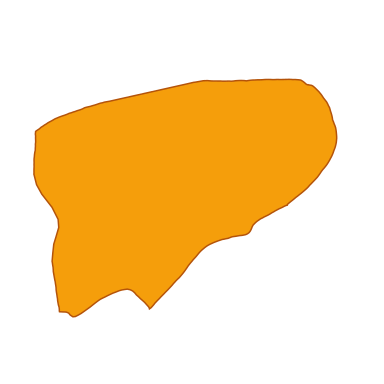 the district of Mudiyah, Abyan, Yemen, rotated 170°
{"feature_id": "15242507B27730634492451", "entity_name": "Mudiyah", "entity_type": "district", "adm_level": 2, "iso_a3": "YEM", "parent_name": "Yemen", "parent_adm1": "Abyan", "projection": "orthographic", "projection_center": [46.206, 13.949], "detail": "fine", "context": "isolated", "style": "filled", "palette": "amber", "viewbox_px": 384, "rotation_deg": 170, "n_neighbors": 0, "source": "geoboundaries", "source_scale": "gbopen_adm2", "svg_char_len": 4266}
<svg xmlns="http://www.w3.org/2000/svg" viewBox="0 0 384 384"><g transform="rotate(170 192 192)"><path d="M343.3,97.1L343.0,97.0L339.9,96.3L336.7,95.6L334.5,94.2L333.3,92.0L331.0,89.8L328.5,89.6L325.5,90.5L322.4,91.6L319.8,92.8L317.3,94.0L314.8,95.2L312.3,96.4L309.2,98.1L306.6,99.5L303.7,101.0L301.1,102.2L298.6,103.0L296.0,103.7L293.1,104.6L290.2,105.4L287.6,106.1L284.3,106.7L281.0,107.4L278.3,107.7L275.6,107.7L272.6,107.6L269.9,106.5L267.7,104.9L266.0,102.8L264.6,100.3L262.9,98.2L261.3,95.9L259.5,93.7L257.8,91.5L256.4,89.2L254.9,86.8L254.3,85.6L254.2,84.3L252.3,85.2L250.8,86.4L249.3,87.6L247.8,89.0L246.3,90.1L244.7,91.3L242.8,92.6L241.0,94.0L239.3,95.2L237.6,96.4L236.0,97.6L234.3,98.8L232.6,100.0L231.0,101.2L229.4,102.4L227.6,103.8L226.1,105.1L224.5,106.3L223.0,107.5L221.1,108.8L219.4,109.9L217.8,111.2L216.0,112.7L214.5,114.0L213.1,115.3L211.7,116.7L210.2,118.2L208.9,119.6L207.4,121.0L205.8,122.4L204.2,123.7L202.5,125.2L200.9,126.4L199.1,127.8L197.6,129.1L196.1,130.4L194.6,131.6L192.9,132.8L190.9,134.0L189.2,135.0L187.0,136.1L185.0,136.9L183.1,137.5L181.1,138.0L179.2,138.5L177.1,138.9L175.1,139.3L173.1,139.6L170.6,140.0L168.6,140.0L166.7,140.1L164.6,140.1L162.5,140.5L160.6,140.9L158.7,140.9L156.7,140.8L154.5,140.8L154.4,140.8L152.6,140.8L150.5,140.6L148.5,140.6L146.5,140.7L144.6,141.2L142.8,142.1L141.3,143.5L139.9,145.4L138.9,147.1L137.6,148.8L136.1,149.9L134.5,151.0L132.8,152.0L131.0,152.8L129.1,153.7L127.2,154.2L125.3,154.9L123.1,155.5L121.0,156.1L119.0,156.8L116.9,157.7L115.0,158.3L113.3,159.0L111.4,159.6L109.3,160.3L107.3,160.8L105.4,161.3L103.4,162.0L101.6,162.4L100.4,162.5L100.1,163.3L97.9,164.6L96.1,165.6L94.4,166.5L92.6,167.5L90.6,168.7L88.6,169.7L86.6,170.8L84.7,171.8L82.8,172.9L80.6,174.2L78.5,175.5L76.4,177.0L75.0,178.2L73.4,179.3L71.5,180.7L69.3,182.3L67.7,183.5L66.0,184.8L64.2,186.5L62.5,188.2L61.1,189.7L59.5,191.2L57.5,192.8L56.0,194.1L54.5,195.5L52.9,197.2L51.1,199.3L49.8,201.0L48.5,202.6L47.2,204.5L46.2,206.1L45.0,208.3L44.0,209.9L43.0,211.7L42.2,213.5L41.3,215.7L40.7,217.9L40.2,219.7L39.9,221.6L39.7,223.6L39.5,225.9L39.4,227.9L39.4,230.3L39.7,232.4L40.2,234.6L40.5,236.6L41.0,238.6L40.9,240.9L41.0,243.0L41.2,245.2L41.5,247.2L41.7,249.2L41.9,251.2L42.6,253.2L43.1,255.2L43.8,257.3L44.7,259.0L45.8,261.1L46.0,261.4L47.6,265.1L49.6,268.7L52.6,273.0L54.2,275.0L55.6,276.2L58.7,277.3L58.9,277.3L59.0,277.5L59.7,277.6L60.0,277.8L60.3,278.0L61.0,278.6L62.2,280.2L63.7,281.8L65.4,283.3L67.2,283.9L69.1,284.4L71.1,284.9L73.1,285.2L75.0,285.7L77.0,286.1L79.0,286.4L81.6,286.8L83.6,287.1L86.0,287.5L88.3,288.0L90.7,288.3L92.7,288.6L94.9,289.1L96.8,289.5L99.1,289.9L101.5,290.2L103.7,290.4L105.8,290.7L108.0,291.1L110.0,291.3L112.7,291.7L114.9,291.9L117.2,292.0L119.1,292.0L121.4,292.7L123.3,293.1L125.5,293.5L127.8,293.8L129.7,294.0L132.1,294.1L134.2,294.3L136.1,294.8L138.1,295.1L140.2,295.4L142.5,295.8L144.5,296.3L146.7,296.7L148.9,297.1L151.1,297.5L153.2,297.9L155.2,298.4L157.3,299.0L159.4,299.3L161.5,299.6L163.8,299.6L165.8,299.6L167.8,299.6L169.8,299.6L171.3,299.7L179.0,299.3L257.3,295.7L258.9,295.7L260.8,295.7L262.8,295.7L264.7,295.4L265.6,295.4L266.7,295.4L268.8,295.1L270.7,294.8L272.8,294.5L274.9,294.3L277.2,294.0L279.3,293.9L281.3,293.8L283.2,293.6L285.3,292.9L287.2,292.5L289.2,292.2L291.1,292.0L293.0,291.6L295.0,291.4L297.1,291.0L299.3,290.8L301.2,290.3L303.8,289.8L305.9,289.5L307.8,289.2L310.0,288.8L312.1,288.3L314.0,287.9L315.9,287.2L317.8,286.5L319.7,285.9L321.8,285.2L323.7,284.3L325.6,283.6L327.5,282.7L329.5,281.9L331.2,280.8L333.0,280.0L334.8,279.2L335.5,278.8L335.6,278.3L336.2,276.3L336.3,274.3L336.7,272.4L337.0,270.2L337.3,268.3L337.9,266.4L338.2,264.4L338.7,262.4L339.1,260.3L339.9,258.4L340.6,256.3L341.1,254.3L341.7,252.3L342.1,250.4L342.4,248.3L342.8,246.5L343.1,244.4L343.6,242.2L344.0,240.1L344.3,238.2L344.6,237.0L343.8,226.2L340.3,216.0L332.5,201.2L328.6,188.3L329.4,180.2L333.8,171.3L337.2,164.6L339.8,155.6L341.8,148.1L341.8,146.6L341.9,144.2L341.9,142.0L342.1,139.9L342.4,137.6L342.4,135.6L342.4,133.7L342.4,131.5L342.4,129.3L342.3,127.4L342.4,125.4L342.4,123.4L342.5,121.3L342.8,119.2L342.9,117.0L342.9,114.5L343.0,112.3L343.0,110.2L343.2,108.3L343.2,106.2L343.2,103.9L342.9,101.8L343.0,99.8L343.3,97.9L343.3,97.1Z" fill="#f59e0b" stroke="#b45309" stroke-width="1.5"/></g></svg>